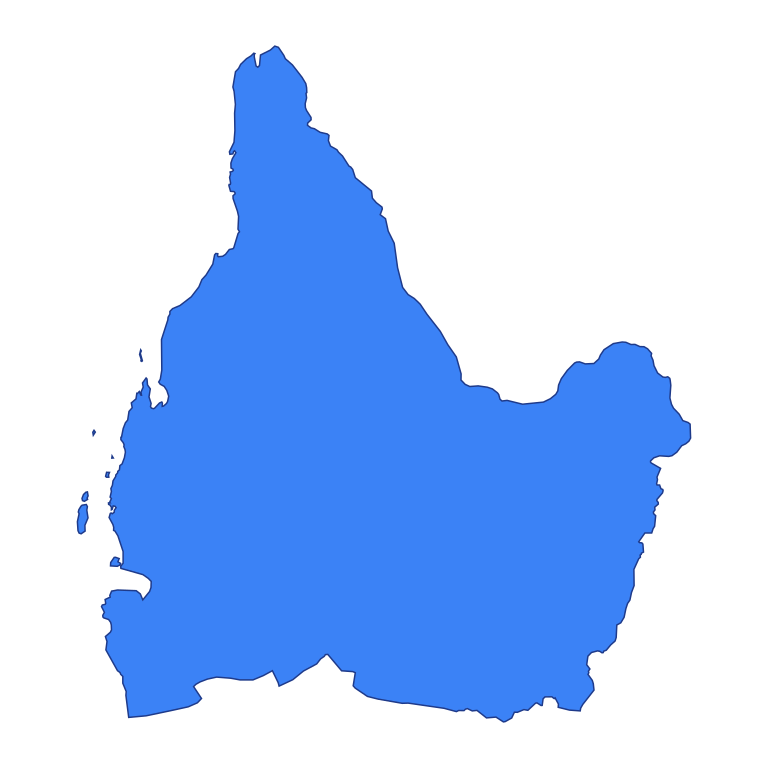 Morombe, Atsimo-Andrefana, Madagascar
{"feature_id": "10022922B72547257848133", "entity_name": "Morombe", "entity_type": "district", "adm_level": 2, "iso_a3": "MDG", "parent_name": "Madagascar", "parent_adm1": "Atsimo-Andrefana", "projection": "albers", "projection_center": [43.782, -21.873], "detail": "fine", "context": "isolated", "style": "filled", "palette": "blue", "viewbox_px": 768, "rotation_deg": 0, "n_neighbors": 0, "source": "geoboundaries", "source_scale": "gbopen_adm2", "svg_char_len": 6081}
<svg xmlns="http://www.w3.org/2000/svg" viewBox="0 0 768 768"><path d="M667.8,376.8L665.3,377.4L662.8,377.0L657.6,373.0L654.0,365.7L653.0,360.2L651.1,355.9L651.6,353.4L647.6,348.8L644.0,346.7L639.9,346.6L635.0,344.4L631.0,344.5L625.9,342.3L622.2,342.0L613.3,343.6L604.0,349.7L600.4,355.1L598.8,359.0L593.9,363.5L585.3,363.9L579.6,361.9L576.6,362.1L574.6,363.0L567.3,370.4L561.3,378.7L558.6,385.0L557.8,390.9L555.8,394.3L550.4,398.7L543.4,402.1L522.6,404.2L507.1,400.4L502.0,401.0L500.0,399.2L498.7,394.5L497.4,392.8L492.4,388.9L487.3,387.2L478.2,385.9L469.8,386.5L465.2,384.4L461.0,380.0L461.1,373.9L456.3,356.9L447.8,344.7L440.3,331.4L427.0,314.3L420.2,304.2L414.3,298.5L408.1,294.6L402.6,287.4L397.6,267.8L394.2,243.2L388.2,231.1L385.5,218.7L380.2,214.7L382.3,209.0L382.0,207.1L376.3,202.7L372.4,198.2L371.5,191.0L355.3,177.7L352.7,169.5L350.8,167.1L348.9,166.0L342.5,156.0L338.5,152.2L337.0,149.8L330.5,146.1L328.4,140.7L329.0,135.4L327.2,133.9L320.1,132.3L314.4,128.7L311.0,127.9L307.5,125.3L307.7,123.0L311.1,119.8L311.0,117.4L306.6,110.6L305.4,107.6L305.2,103.6L306.6,97.9L306.0,93.3L306.8,92.6L306.6,87.7L305.8,83.6L302.1,77.4L292.4,64.9L285.3,58.7L283.8,55.3L278.4,47.3L274.8,46.1L270.3,50.1L260.5,55.0L259.5,65.5L257.8,67.2L256.1,66.0L254.3,57.0L254.3,54.5L254.9,53.6L253.8,53.2L251.0,55.9L246.5,58.7L240.7,64.3L238.6,68.4L235.5,71.7L232.9,87.0L234.1,91.4L235.4,104.4L234.6,113.2L234.9,130.7L234.0,142.3L229.4,151.8L229.9,154.3L232.9,153.9L233.6,151.5L234.6,150.8L235.9,152.7L232.4,158.6L230.9,163.1L231.0,168.0L233.0,169.2L233.3,170.4L232.4,171.4L230.1,172.0L230.5,174.2L229.6,177.4L230.6,183.1L230.3,184.4L229.1,184.5L228.9,185.5L230.5,191.3L234.1,191.6L234.9,192.5L235.1,193.8L233.0,195.8L233.1,198.6L237.4,211.1L238.6,216.4L238.0,229.2L239.5,231.8L238.1,233.4L233.8,247.7L233.0,248.7L229.3,249.5L225.5,254.4L222.6,256.3L218.2,256.7L217.6,256.0L217.8,253.7L215.8,253.5L214.6,254.9L212.8,264.1L206.0,275.1L201.9,279.6L198.9,286.9L191.3,296.8L180.0,305.5L172.6,308.6L169.9,311.4L169.9,314.1L168.1,317.2L167.8,320.0L161.5,339.5L161.8,370.1L160.3,379.2L158.7,382.0L160.2,384.2L164.2,386.4L166.8,390.4L168.7,396.2L167.6,401.5L166.5,403.5L163.5,406.1L162.2,406.4L162.4,403.1L161.8,402.0L159.5,403.0L154.6,408.2L153.6,408.7L151.4,408.1L150.5,406.6L151.1,403.4L149.0,396.9L150.3,388.9L147.5,384.9L147.0,379.0L146.1,378.0L142.5,383.0L143.2,387.1L141.0,392.1L141.5,395.2L140.8,395.1L139.3,391.5L137.4,393.5L136.8,393.3L136.0,398.9L131.3,402.9L132.2,407.7L129.0,411.4L127.7,420.0L125.4,422.8L123.2,428.5L121.5,437.1L120.9,437.3L120.9,439.7L123.2,442.6L124.1,444.8L123.8,446.6L125.0,449.5L125.4,452.2L124.4,457.7L122.1,463.9L119.9,465.6L119.4,469.9L117.8,471.3L117.6,472.9L115.8,475.0L115.7,476.5L113.0,480.9L112.4,485.3L110.9,488.6L111.4,491.5L110.1,497.1L111.4,498.6L109.6,502.4L110.0,502.8L108.5,502.9L108.6,504.4L109.9,505.0L111.4,507.2L111.4,509.8L112.2,509.3L113.2,505.9L115.1,506.3L116.1,507.7L114.3,510.3L114.2,512.3L112.3,513.7L111.1,513.0L110.3,513.4L109.1,517.5L112.9,524.5L113.7,527.3L113.6,530.4L115.0,531.1L117.9,535.8L123.1,551.5L123.1,563.2L120.7,566.4L120.9,568.4L142.9,574.6L148.2,578.3L151.2,581.4L151.0,587.5L149.6,591.5L142.8,599.9L140.3,593.9L136.2,590.7L117.5,590.0L111.6,591.1L109.8,595.4L110.2,597.1L105.1,599.5L105.7,603.4L105.2,604.3L102.3,605.0L101.5,606.6L104.4,612.3L102.8,615.3L102.9,617.0L103.8,617.9L108.6,619.5L110.6,622.3L111.3,625.0L111.5,629.9L110.3,632.3L105.4,636.5L107.0,641.5L105.9,649.9L117.5,670.7L120.0,672.5L120.7,674.3L122.8,676.4L122.8,683.2L126.2,691.5L125.9,695.4L128.7,717.4L146.2,715.8L171.0,710.6L188.3,706.8L197.4,702.8L201.5,698.5L193.6,686.6L195.9,684.3L200.1,681.9L207.4,679.1L216.6,677.1L230.6,678.2L240.0,679.9L253.0,679.9L263.3,675.6L272.4,670.7L278.2,682.7L279.1,686.1L292.8,679.7L303.5,671.0L316.7,663.9L320.6,658.9L324.3,656.3L325.4,654.6L327.8,654.4L341.6,670.8L352.8,671.6L355.3,672.7L353.2,685.8L355.2,688.1L367.4,696.4L378.1,699.1L402.2,703.3L408.1,703.1L444.1,708.3L456.4,711.6L458.7,710.5L464.0,710.6L465.4,709.2L467.4,708.6L472.2,710.9L477.0,710.4L486.5,717.9L496.0,717.1L503.4,721.9L505.2,721.6L511.7,718.0L514.4,712.2L517.4,712.3L523.9,709.6L527.9,710.3L535.5,703.2L537.0,702.9L541.1,705.5L542.2,705.4L543.1,698.8L545.0,696.9L551.8,696.8L554.2,698.6L555.1,697.9L558.4,704.0L558.2,707.3L569.5,710.1L580.2,710.9L580.7,708.1L582.8,704.4L594.0,690.1L593.3,683.7L592.3,680.4L588.0,674.4L588.8,672.7L588.4,671.2L589.9,669.0L586.7,664.7L587.9,656.2L591.5,652.5L597.5,650.9L599.7,651.3L602.0,652.8L603.2,652.6L603.7,651.2L606.3,650.2L610.7,644.9L615.1,641.0L616.2,637.5L616.8,625.0L620.8,622.8L624.1,617.3L625.9,608.6L627.6,603.4L629.9,600.1L631.5,592.5L634.1,585.6L633.9,569.4L638.7,558.8L640.4,557.2L640.1,555.1L641.2,554.4L641.4,553.2L643.5,552.1L642.9,544.1L641.9,542.9L639.5,542.6L638.7,541.8L644.9,533.0L651.7,533.0L653.1,528.7L654.6,526.3L655.7,515.7L653.6,513.6L653.4,512.0L655.0,509.9L654.7,507.2L658.3,504.1L658.2,502.4L656.8,500.6L657.0,499.4L662.5,492.9L663.1,490.7L662.8,489.5L660.9,488.7L659.6,485.0L657.1,485.0L656.6,483.8L657.5,479.7L657.0,477.1L660.6,468.4L651.1,462.9L650.5,462.0L650.6,460.9L653.8,457.8L659.6,455.8L668.7,456.4L672.0,455.7L676.8,452.2L681.7,445.7L685.7,443.8L688.9,441.2L690.6,438.1L690.1,424.1L688.1,422.5L682.8,420.6L679.2,414.2L673.5,408.2L671.5,404.3L669.9,398.0L670.8,385.3L670.2,380.2L669.8,378.4L667.8,376.8ZM81.1,533.8L85.1,531.1L84.9,525.3L88.0,517.9L86.8,510.1L87.4,506.6L86.3,504.5L82.1,505.2L80.9,506.3L78.9,509.6L78.3,512.0L79.1,513.7L77.4,521.7L78.0,530.7L79.1,533.1L81.1,533.8ZM117.3,566.3L120.0,564.9L120.6,563.4L117.9,561.8L119.2,558.6L115.6,557.3L114.2,557.4L110.7,562.5L110.5,565.9L117.3,566.3ZM84.4,501.3L87.6,499.4L87.1,498.1L88.1,495.9L87.4,491.9L85.9,492.2L83.5,494.5L82.0,498.4L82.5,500.6L84.4,501.3ZM109.5,472.4L106.6,472.3L105.6,476.3L106.4,477.2L108.8,477.2L108.5,474.9L109.5,472.4ZM142.4,360.8L140.3,353.3L141.3,350.9L140.7,349.9L139.6,354.5L141.2,359.3L140.9,360.9L141.8,361.4L142.4,360.8ZM93.3,435.2L95.3,432.1L94.0,430.3L92.8,432.2L93.3,435.2ZM111.8,458.1L113.3,458.0L112.1,456.0L111.8,458.1Z" fill="#3b82f6" stroke="#1e3a8a" stroke-width="1.5"/></svg>